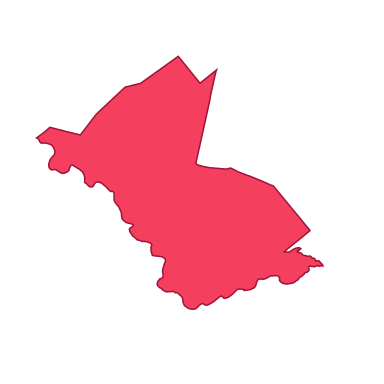 outline of Dagana, Saint-Louis, Senegal, rotated 231°
{"feature_id": "50182788B94177495754038", "entity_name": "Dagana", "entity_type": "district", "adm_level": 2, "iso_a3": "SEN", "parent_name": "Senegal", "parent_adm1": "Saint-Louis", "projection": "natural_earth1", "projection_center": [-16.074, 16.26], "detail": "fine", "context": "isolated", "style": "filled", "palette": "rose", "viewbox_px": 384, "rotation_deg": 231, "n_neighbors": 0, "source": "geoboundaries", "source_scale": "gbopen_adm2", "svg_char_len": 5921}
<svg xmlns="http://www.w3.org/2000/svg" viewBox="0 0 384 384"><g transform="rotate(231 192 192)"><path d="M331.9,105.2L330.8,105.8L329.4,106.0L327.3,105.4L325.9,105.3L325.1,105.5L324.8,105.7L322.7,108.4L321.2,109.8L318.1,111.9L316.5,112.5L315.7,112.6L314.5,112.3L313.8,112.4L312.9,112.2L312.3,112.1L311.4,111.5L310.8,111.5L309.7,110.8L308.8,110.1L308.5,109.8L308.3,109.1L307.8,108.7L307.5,107.8L307.2,105.2L306.9,104.6L306.8,103.6L306.2,101.5L306.0,101.2L305.7,100.9L304.5,99.1L303.5,98.0L302.2,97.0L301.2,96.5L300.2,96.2L298.6,96.3L297.9,96.6L297.6,96.8L297.0,97.6L295.7,99.7L295.3,100.0L289.7,102.0L288.8,102.5L287.9,103.2L287.1,104.2L287.0,104.7L286.9,105.2L286.2,107.0L286.1,108.3L286.2,109.7L286.7,110.8L287.1,111.1L288.5,113.5L288.7,114.3L288.7,114.9L288.2,115.8L287.1,116.5L284.7,117.2L284.2,117.5L281.9,118.2L280.6,118.8L279.9,118.9L279.3,119.1L278.1,119.2L277.8,119.4L276.9,119.6L275.7,119.5L275.2,119.2L273.3,118.9L272.1,118.4L270.0,117.1L269.4,116.5L269.2,116.5L268.2,115.7L267.3,114.8L267.1,114.7L266.5,114.7L265.9,115.0L264.5,115.3L261.7,115.4L260.1,116.0L259.3,116.8L258.8,117.7L258.7,118.2L258.7,118.9L258.9,119.5L260.0,122.3L260.0,123.2L259.8,123.9L259.5,124.2L259.4,124.7L259.0,125.3L257.4,126.3L257.1,126.7L255.4,127.4L255.1,127.6L252.6,127.9L249.7,128.5L245.6,128.7L243.8,129.0L243.0,129.8L242.7,130.4L241.5,131.1L240.8,131.0L240.6,130.7L240.1,130.7L237.5,128.5L237.0,128.2L236.0,127.4L234.3,126.2L233.0,125.8L229.6,125.6L226.1,125.8L224.8,125.2L224.1,125.2L221.9,124.4L220.7,124.3L217.8,122.2L216.2,121.4L215.7,121.0L215.3,120.9L213.3,120.8L212.1,121.2L210.0,121.5L209.4,121.8L205.0,125.1L203.7,125.6L203.1,125.5L202.9,125.3L202.7,124.3L202.9,121.5L202.7,120.3L202.4,119.8L202.0,119.5L201.4,119.4L200.7,118.8L199.3,118.6L197.4,118.5L196.6,118.3L194.9,118.2L191.7,119.1L189.9,119.1L189.2,119.3L187.1,121.0L185.6,121.7L184.8,122.3L184.4,122.9L183.0,124.3L181.7,125.7L179.4,127.0L178.3,127.5L177.7,127.6L177.3,127.6L176.7,127.7L176.0,127.2L175.6,126.8L175.5,126.0L174.8,125.1L174.6,125.1L173.3,124.1L173.2,123.9L172.2,123.5L172.0,123.1L171.5,122.8L170.8,122.5L170.2,122.5L169.5,122.0L168.9,121.8L168.6,121.5L168.0,121.4L167.2,121.6L164.4,124.2L162.0,126.6L160.6,127.8L159.6,128.4L158.4,128.8L157.1,128.8L156.1,128.7L155.4,128.3L154.8,127.6L153.4,125.0L152.2,123.4L151.2,121.8L149.8,120.0L148.8,119.2L147.8,118.5L145.8,117.4L144.9,116.7L144.5,116.3L144.2,115.8L144.0,115.3L144.0,114.7L144.3,112.9L144.5,112.5L144.6,112.8L144.6,113.0L144.7,112.5L144.7,112.0L144.6,111.6L144.4,111.2L144.1,109.4L143.7,108.5L142.2,106.8L141.5,106.5L140.5,106.4L138.8,106.5L138.1,106.6L136.7,107.4L136.1,107.4L135.3,107.4L133.7,107.8L131.1,108.9L130.6,109.3L130.1,109.8L128.8,111.6L127.9,112.9L126.8,114.4L126.0,115.3L125.1,115.4L124.1,115.7L123.7,115.9L122.9,117.2L122.5,117.4L121.8,117.5L119.9,117.6L118.6,118.0L117.6,118.1L115.9,117.9L114.8,117.5L112.3,115.9L112.0,115.6L108.7,114.7L108.1,114.7L106.5,115.3L105.0,115.5L103.0,116.5L101.8,117.4L100.7,118.4L100.0,119.3L99.1,121.0L98.9,121.8L98.9,123.5L99.3,126.3L99.3,127.4L99.2,128.5L99.0,129.1L98.7,129.7L98.4,130.2L97.8,130.5L97.0,130.7L95.5,131.3L95.1,131.8L94.6,132.5L94.2,133.6L93.7,135.6L93.1,140.8L93.2,142.8L93.1,145.5L93.2,147.3L93.1,148.3L92.9,148.9L92.3,149.5L91.7,149.9L91.2,150.0L89.8,149.8L89.3,150.0L88.7,150.5L88.4,151.1L87.8,152.5L87.3,154.5L87.1,156.7L87.1,159.4L87.4,162.5L87.7,164.8L87.7,165.5L87.5,166.6L87.1,167.3L86.5,167.9L86.2,168.4L85.7,168.9L84.8,170.1L83.4,171.0L83.3,170.8L83.2,170.5L83.0,170.4L82.7,170.9L82.4,171.0L82.1,171.6L81.6,171.9L81.3,172.4L80.8,173.7L80.4,174.4L79.9,175.0L79.6,175.4L79.4,176.1L79.1,177.1L78.8,178.7L78.6,179.1L78.5,179.5L78.6,181.0L78.8,182.0L79.1,182.6L79.3,182.8L79.8,183.6L80.3,184.2L80.5,184.7L80.8,184.9L81.6,186.1L82.3,188.1L82.0,189.3L81.6,190.2L81.3,190.4L81.1,190.8L79.5,192.1L79.2,193.1L78.9,193.5L78.7,193.9L78.4,194.3L78.2,195.4L78.1,195.7L77.7,198.6L77.3,200.2L76.9,201.0L76.0,201.8L74.9,203.7L74.4,204.2L73.7,205.3L72.5,206.1L71.2,206.1L70.2,206.1L69.8,205.8L69.5,205.3L69.1,205.2L68.8,204.8L68.2,204.3L67.2,204.4L66.9,204.3L66.4,204.3L65.1,204.7L64.7,205.0L64.3,205.0L63.9,205.0L63.4,205.5L63.0,206.0L62.3,206.3L61.9,206.6L61.2,207.5L60.8,207.9L60.2,208.6L59.8,209.6L59.5,210.0L58.9,211.2L58.6,211.4L58.4,211.9L58.2,212.4L57.6,213.7L57.4,214.5L57.5,215.0L57.3,216.4L57.4,217.2L57.3,217.6L57.1,219.3L57.3,219.9L57.6,220.7L57.7,221.2L57.9,222.3L57.8,223.0L57.4,223.9L57.6,227.3L57.7,227.8L57.9,228.1L58.1,228.1L58.2,228.5L58.1,228.9L57.2,231.3L57.2,231.7L57.2,232.9L57.5,233.6L57.8,234.0L58.5,234.5L58.8,234.6L59.6,235.0L59.9,235.2L60.2,235.7L60.3,236.1L60.4,236.6L60.4,237.0L59.9,237.4L59.7,237.6L59.3,237.8L58.3,238.7L57.6,239.2L57.3,239.6L56.7,240.5L56.2,242.1L56.1,242.6L55.9,243.2L55.7,243.5L54.6,243.8L53.9,244.7L53.6,245.5L52.8,246.8L52.5,247.0L52.1,247.1L52.3,247.3L52.9,247.6L54.9,247.6L56.4,247.4L58.3,247.4L59.2,246.9L59.6,246.2L60.1,245.3L60.7,244.9L61.4,245.0L62.1,245.3L63.0,245.4L63.5,245.1L64.2,244.6L65.3,243.9L65.8,243.7L66.9,243.8L67.4,243.7L68.0,243.3L68.7,242.4L69.0,241.7L71.6,239.8L72.5,238.8L73.4,238.4L74.1,238.5L75.6,238.5L77.0,237.4L78.1,236.6L79.3,236.3L80.0,236.6L80.0,237.5L79.3,237.9L79.0,238.3L79.7,239.4L79.3,240.8L80.1,240.7L80.7,240.6L81.7,239.7L82.2,238.8L82.9,237.6L83.5,235.7L83.9,231.8L84.2,229.8L84.7,228.9L87.5,226.2L87.7,231.9L87.6,248.7L87.7,255.2L87.7,259.4L89.6,259.5L98.0,259.4L105.8,259.4L145.7,259.0L148.0,257.5L155.0,254.0L168.7,246.5L169.4,245.9L173.3,243.7L178.1,240.8L182.1,239.1L186.3,237.1L188.3,233.0L199.8,221.0L205.0,216.6L209.6,213.4L210.8,212.9L210.9,213.0L211.5,212.8L211.9,213.1L251.5,262.9L254.9,266.7L258.2,270.7L262.1,275.8L266.5,281.2L270.8,286.8L271.4,287.8L271.5,279.1L271.4,276.4L271.4,275.1L271.5,273.9L271.5,266.7L306.1,266.7L308.8,220.5L315.6,206.0L312.9,169.1L312.5,165.8L311.7,162.2L308.6,149.5L306.6,141.1L319.0,131.7L331.7,122.3L331.5,116.9L331.6,110.8L331.9,105.2Z" fill="#f43f5e" stroke="#9f1239" stroke-width="1.5"/></g></svg>